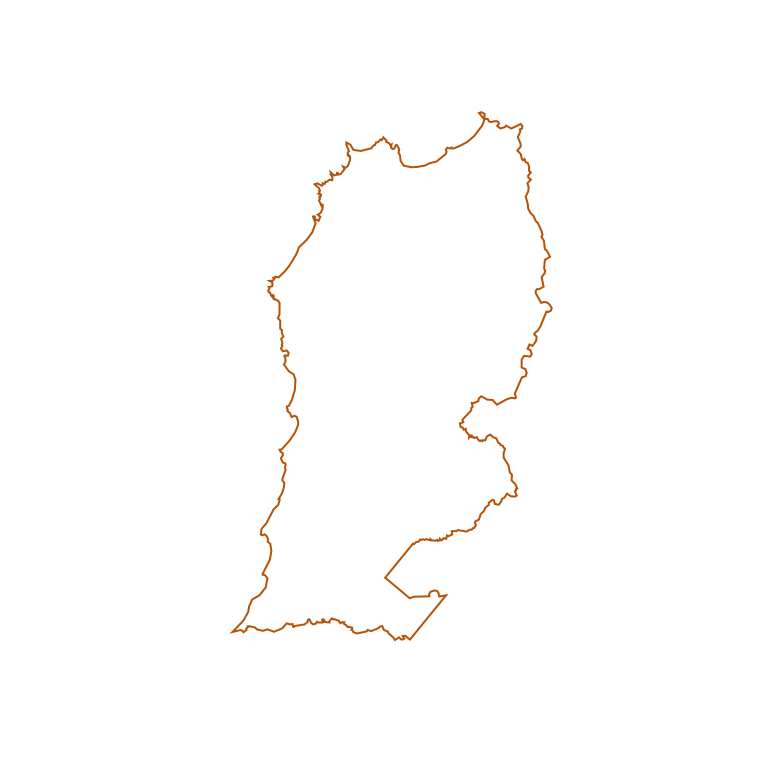 Ahanta West Municipal, Western, Ghana (Natural Earth projection), rotated 129°
{"feature_id": "2480657B81057694902297", "entity_name": "Ahanta West Municipal", "entity_type": "district", "adm_level": 2, "iso_a3": "GHA", "parent_name": "Ghana", "parent_adm1": "Western", "projection": "natural_earth1", "projection_center": [-1.968, 4.851], "detail": "fine", "context": "isolated", "style": "outline", "palette": "amber", "viewbox_px": 768, "rotation_deg": 129, "n_neighbors": 0, "source": "geoboundaries", "source_scale": "gbopen_adm2", "svg_char_len": 6163}
<svg xmlns="http://www.w3.org/2000/svg" viewBox="0 0 768 768"><g transform="rotate(129 384 384)"><path d="M378.7,224.1L374.1,227.3L373.4,230.8L369.0,235.8L365.9,244.6L363.1,247.1L358.1,249.3L358.1,251.4L357.2,252.6L358.1,255.2L357.4,256.2L357.8,257.9L355.6,262.6L356.7,265.7L356.4,269.6L359.9,271.0L364.1,269.9L365.4,271.7L366.4,271.5L366.6,273.0L368.0,273.4L368.0,276.0L366.8,278.3L369.1,279.8L369.0,283.8L369.6,284.3L370.3,283.2L370.5,284.2L372.0,284.2L370.1,285.4L369.4,290.2L367.4,292.3L369.3,293.3L368.4,295.6L369.2,297.4L366.8,300.2L363.8,298.3L362.4,300.6L349.5,299.6L347.8,301.1L346.0,300.7L343.5,303.9L342.9,302.6L338.0,299.9L335.6,301.2L332.2,300.6L331.2,294.0L328.0,289.5L329.1,283.3L317.8,278.6L314.2,275.9L312.7,273.1L311.3,273.0L309.1,276.3L292.1,281.0L288.8,278.9L285.7,280.0L283.4,283.4L284.6,287.4L278.5,292.3L274.1,292.9L270.7,287.7L267.9,287.9L265.5,291.5L266.3,294.5L261.7,295.8L260.9,292.6L255.2,292.8L251.2,295.1L250.8,298.6L249.5,298.9L245.9,298.1L241.1,298.6L225.6,303.3L224.4,301.4L221.8,300.5L219.4,301.5L218.0,305.4L218.1,308.7L219.5,311.2L222.0,312.9L218.2,322.6L216.6,324.5L214.1,324.8L212.6,323.1L208.0,321.2L201.7,328.8L196.8,328.9L194.6,330.0L193.3,332.4L186.3,337.1L180.6,335.0L177.8,341.7L177.9,343.9L172.1,349.8L170.5,354.4L168.3,354.7L166.0,357.8L162.1,365.7L161.8,368.7L159.4,373.2L158.9,377.8L157.1,382.2L153.5,385.7L149.2,391.8L143.3,393.2L139.9,395.6L137.8,398.9L132.7,398.5L132.8,401.5L131.7,403.1L127.2,403.0L127.2,405.3L124.0,407.8L121.8,411.1L122.4,413.6L120.8,416.5L122.7,416.9L122.4,418.5L119.3,422.2L118.7,427.2L113.3,427.3L111.3,429.1L107.9,435.4L101.8,437.0L100.7,438.6L98.7,437.5L96.5,438.7L95.9,441.4L105.3,445.8L106.4,451.7L108.3,451.7L112.2,454.4L112.1,458.5L109.2,458.5L108.4,460.5L109.1,462.4L113.3,466.0L113.8,467.6L112.8,470.2L114.3,472.3L114.1,473.3L110.7,475.8L111.5,479.4L113.6,480.7L115.1,472.7L116.7,471.8L121.5,470.3L134.7,470.0L143.5,471.6L152.1,475.3L157.5,478.4L158.2,479.6L157.7,480.3L159.4,480.8L160.5,483.4L163.0,483.5L164.2,481.4L166.6,480.8L178.0,483.2L183.7,487.5L188.4,489.6L194.6,495.0L198.0,498.7L201.9,505.9L200.2,511.4L196.2,515.6L195.1,518.3L192.1,519.8L190.2,524.2L190.9,525.1L194.7,524.2L196.0,525.3L195.8,527.4L193.1,528.9L194.4,529.3L193.7,531.1L194.3,534.7L193.4,535.0L192.7,539.7L196.0,539.2L196.3,540.6L199.9,540.8L201.3,542.2L204.0,541.4L204.9,542.2L209.0,542.3L217.5,548.7L221.3,555.1L219.2,560.7L220.0,565.2L221.6,564.0L225.2,557.7L226.9,557.8L229.1,556.2L229.1,555.5L228.3,555.8L228.6,553.4L231.5,551.3L237.4,549.3L240.2,550.0L240.8,552.6L241.9,549.9L248.1,549.8L249.8,551.1L249.0,552.9L249.5,553.4L251.2,552.4L253.3,554.1L253.1,558.5L253.9,557.3L254.6,557.5L255.6,554.3L258.2,552.5L259.5,554.8L263.3,555.9L263.6,556.8L265.6,556.0L266.6,558.0L267.7,556.8L269.1,557.1L270.0,562.1L272.4,563.6L272.8,557.5L274.1,555.4L274.9,555.8L276.7,554.2L277.5,554.5L277.1,552.7L276.4,553.2L276.6,551.9L278.8,551.3L279.5,551.9L280.5,550.3L282.2,550.1L284.6,545.2L283.8,545.6L283.2,544.5L286.6,541.9L291.0,540.9L294.1,542.1L294.2,538.6L298.4,537.5L299.3,541.2L297.4,543.5L298.5,544.6L302.1,538.4L311.1,535.2L320.4,534.8L331.2,536.1L338.3,533.8L351.8,532.0L359.5,532.0L367.3,533.0L369.2,536.0L369.8,535.5L371.1,536.9L371.9,535.4L373.8,535.5L375.9,537.8L375.5,534.7L377.3,532.9L378.6,532.5L381.2,534.7L382.0,533.1L384.4,532.7L385.2,531.3L384.6,530.0L386.1,527.9L384.6,525.9L385.5,524.6L386.6,525.7L387.4,522.4L386.6,521.9L385.9,518.5L386.9,516.0L395.9,508.9L399.6,507.9L400.0,504.6L406.4,499.4L406.4,497.2L408.5,495.7L410.5,492.0L413.5,492.4L416.1,488.7L417.9,488.1L418.1,487.1L421.2,486.4L422.2,483.3L419.2,480.6L419.8,477.7L422.6,476.5L424.0,479.0L425.0,479.1L426.0,476.9L428.7,474.6L431.8,474.1L434.0,465.9L433.4,460.3L436.4,455.5L445.0,449.4L454.1,445.6L460.9,444.2L462.5,445.3L463.7,444.6L464.5,442.5L465.7,442.2L465.9,438.5L467.8,435.0L465.0,433.6L464.5,431.3L467.2,427.0L470.0,424.9L477.7,422.6L488.0,421.8L499.3,422.4L500.7,423.8L501.7,421.9L501.5,419.0L503.2,417.7L506.7,417.4L508.7,413.2L507.8,410.7L508.5,409.7L511.4,408.3L512.5,406.5L521.9,403.1L523.0,402.2L523.5,399.3L527.6,396.6L533.2,394.5L539.8,393.5L539.2,392.7L540.2,391.9L544.6,390.1L550.9,390.9L566.7,387.7L573.7,388.0L578.4,385.0L578.4,383.6L575.9,382.1L576.1,379.2L577.7,376.3L579.6,375.3L579.8,371.8L584.6,366.5L592.1,362.2L608.0,358.8L608.6,358.2L607.4,356.6L608.3,352.3L616.5,347.9L626.6,347.8L634.4,350.8L641.6,348.9L646.5,346.1L656.5,344.4L672.1,345.7L665.6,340.8L665.0,339.2L665.4,337.0L661.6,336.1L660.8,337.1L658.7,336.7L658.0,337.4L657.2,336.5L654.6,331.7L654.5,327.8L652.0,322.8L648.0,320.1L645.7,313.5L637.9,309.3L631.3,309.0L630.0,305.9L628.1,303.9L629.8,302.1L629.5,301.1L628.1,300.9L620.8,294.4L616.9,293.6L615.1,294.8L613.8,293.8L615.4,290.2L615.5,288.0L613.3,286.2L610.9,286.5L610.8,285.1L608.1,281.6L607.3,281.4L606.5,283.6L605.1,283.3L605.2,281.5L606.3,280.3L603.7,276.4L603.3,277.1L598.9,277.0L599.0,275.4L598.2,275.1L596.4,269.9L597.3,268.5L597.1,267.0L595.9,267.0L594.2,265.0L595.3,264.7L595.7,263.5L595.2,262.4L595.7,259.1L594.6,258.3L593.4,255.3L595.5,254.6L595.0,254.0L596.2,251.6L594.8,247.9L587.2,241.8L585.4,241.9L584.2,238.5L577.7,234.9L574.4,234.2L573.3,232.9L575.2,229.3L573.9,225.1L574.9,223.5L575.1,217.4L576.1,214.4L571.5,212.9L571.7,209.9L570.6,208.5L569.0,208.1L568.1,210.8L566.3,209.1L566.3,203.0L509.2,202.8L514.4,207.4L512.2,210.0L511.4,212.6L512.9,215.1L516.3,217.1L518.8,216.8L520.4,215.1L530.7,227.1L534.3,229.1L533.8,261.2L489.7,261.0L489.5,259.8L487.0,259.7L484.6,257.9L482.1,258.0L482.1,257.2L480.1,256.0L479.6,254.3L478.2,253.8L476.3,249.7L475.4,250.2L475.7,248.7L473.1,245.2L471.5,244.5L472.1,243.5L470.4,242.3L469.2,243.0L469.6,241.4L468.9,240.6L466.1,240.6L465.2,238.2L462.1,239.7L461.7,238.2L458.1,236.3L455.7,238.7L452.7,235.1L451.1,234.7L446.6,226.8L443.6,225.9L441.7,224.0L440.3,224.3L439.0,223.2L435.7,223.8L434.8,226.0L433.2,226.6L429.6,224.9L424.3,227.0L420.4,226.4L416.0,227.5L412.5,226.4L410.2,227.8L405.7,226.8L405.2,225.5L407.4,222.3L405.6,218.8L401.3,219.0L399.4,220.0L396.2,218.9L391.8,219.4L391.4,214.8L389.0,211.3L387.2,210.6L385.0,214.8L383.5,214.5L382.3,215.3L381.3,214.7L379.1,219.1L378.7,224.1Z" fill="none" stroke="#b45309" stroke-width="2"/></g></svg>